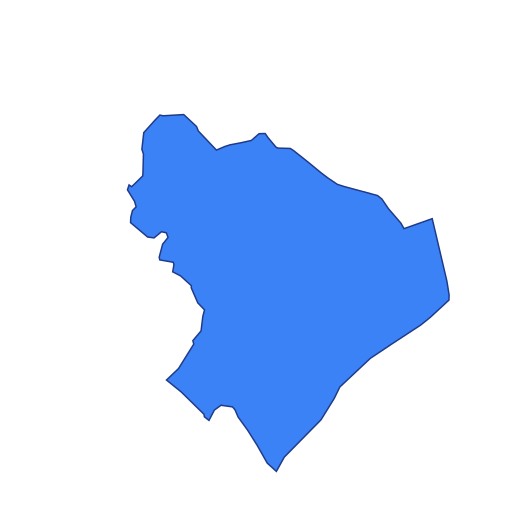 outline of Belbédji, Zinder, Niger, rotated 135°
{"feature_id": "23599985B37162587774633", "entity_name": "Belbédji", "entity_type": "district", "adm_level": 2, "iso_a3": "NER", "parent_name": "Niger", "parent_adm1": "Zinder", "projection": "orthographic", "projection_center": [7.925, 15.006], "detail": "fine", "context": "isolated", "style": "filled", "palette": "blue", "viewbox_px": 512, "rotation_deg": 135, "n_neighbors": 0, "source": "geoboundaries", "source_scale": "gbopen_adm2", "svg_char_len": 1231}
<svg xmlns="http://www.w3.org/2000/svg" viewBox="0 0 512 512"><g transform="rotate(135 256 256)"><path d="M224.3,423.6L231.1,423.5L248.1,422.6L261.2,412.2L263.5,407.7L277.6,394.3L279.6,392.7L294.9,392.9L295.5,396.0L300.1,393.7L303.2,380.6L306.0,375.5L311.2,375.5L317.2,371.9L321.1,368.3L319.2,346.0L315.3,340.9L305.7,340.0L303.0,335.8L305.1,331.3L313.6,330.4L325.3,323.6L326.8,321.3L318.9,310.0L320.2,307.9L326.1,303.7L323.4,295.3L322.7,280.7L324.3,279.3L330.3,264.0L330.5,254.3L336.3,250.9L347.8,241.9L360.5,240.8L362.3,237.7L390.4,231.2L407.0,231.6L405.0,212.6L404.7,180.9L406.2,178.8L405.5,173.0L394.4,176.5L386.3,175.2L379.3,165.9L379.6,162.1L382.5,154.8L385.1,138.7L389.1,121.1L394.5,101.6L393.9,89.3L378.2,93.8L325.9,94.2L301.3,100.0L289.4,104.1L247.5,102.8L223.3,98.0L188.2,90.7L176.2,89.4L150.7,88.4L147.0,91.9L138.7,103.4L105.0,157.8L132.0,170.7L130.3,176.8L128.9,195.8L126.7,207.3L127.3,212.8L144.6,242.9L147.8,249.1L149.9,259.8L151.2,269.1L152.7,284.7L154.9,304.1L155.7,307.8L164.1,316.7L164.9,318.8L163.8,331.4L162.9,336.1L167.3,340.3L177.6,341.0L187.0,347.0L195.8,353.0L200.7,355.5L209.1,358.9L208.4,385.1L206.5,389.6L207.1,407.1L222.6,420.9L224.3,423.6Z" fill="#3b82f6" stroke="#1e3a8a" stroke-width="1.5"/></g></svg>